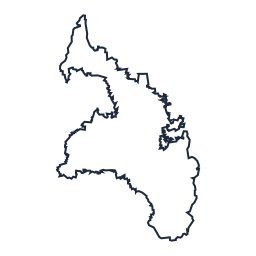 Panchagarh, Rangpur, Bangladesh
{"feature_id": "16705992B66536058617583", "entity_name": "Panchagarh", "entity_type": "district", "adm_level": 2, "iso_a3": "BGD", "parent_name": "Bangladesh", "parent_adm1": "Rangpur", "projection": "natural_earth1", "projection_center": [88.58, 26.32], "detail": "fine", "context": "isolated", "style": "outline", "palette": "slate", "viewbox_px": 256, "rotation_deg": 0, "n_neighbors": 0, "source": "geoboundaries", "source_scale": "gbopen_adm2", "svg_char_len": 5808}
<svg xmlns="http://www.w3.org/2000/svg" viewBox="0 0 256 256"><path d="M180.3,237.6L181.9,236.7L183.2,234.0L184.6,233.7L186.2,234.9L187.5,234.0L187.1,229.9L188.1,230.7L188.5,227.7L193.4,220.5L192.4,218.8L192.3,216.7L187.1,212.5L189.9,211.4L192.1,204.9L194.4,202.5L196.6,198.2L196.5,196.0L194.8,195.3L194.8,190.6L195.5,189.9L195.0,186.4L193.4,183.3L194.2,179.2L192.5,178.1L194.5,177.7L197.8,175.1L199.0,168.9L197.1,169.4L196.8,168.7L198.6,166.9L198.9,165.3L197.3,161.0L194.3,157.9L191.9,156.9L188.6,158.2L187.2,149.1L188.8,146.4L189.7,139.9L187.2,136.0L187.5,133.7L186.7,131.4L183.8,131.2L182.0,136.8L183.4,137.5L183.3,138.6L178.7,137.1L179.0,138.4L178.3,139.1L177.8,138.7L178.1,137.8L175.8,137.7L176.9,140.2L176.4,141.4L168.6,142.6L167.6,146.3L166.9,147.2L165.7,146.8L165.8,148.5L163.7,149.9L163.3,147.9L159.8,148.6L160.5,146.9L161.5,147.1L161.6,145.8L161.5,145.2L160.0,145.0L160.8,142.1L159.6,140.7L159.8,139.1L160.8,139.0L160.3,136.2L162.1,135.7L165.6,138.7L166.0,139.6L164.4,139.8L165.8,141.7L166.2,140.6L168.5,141.4L172.7,139.2L170.7,137.9L169.8,138.0L170.7,138.2L170.0,139.0L167.5,138.6L168.3,138.3L167.9,136.8L165.3,137.0L164.6,135.8L165.3,134.7L163.9,134.7L163.4,133.7L163.5,132.4L164.8,132.2L164.7,130.7L163.3,130.0L162.5,131.1L162.4,128.0L166.8,126.9L167.2,124.8L168.6,124.9L168.9,126.0L166.8,126.8L167.6,127.5L167.1,128.6L167.8,130.2L168.8,130.1L169.0,130.9L174.3,128.8L175.5,129.6L175.6,130.8L179.2,128.6L179.0,126.7L183.7,127.2L184.4,123.7L179.9,125.0L180.6,123.0L183.0,121.4L182.5,119.4L183.1,119.6L183.5,118.3L180.7,117.5L181.1,116.1L179.8,115.9L179.7,117.1L180.6,118.0L178.7,118.0L177.6,120.4L173.7,119.5L172.9,122.8L171.2,123.5L170.7,122.9L170.3,121.3L171.0,120.2L169.4,120.4L168.1,118.4L169.0,118.0L169.4,114.8L168.0,115.0L167.3,113.7L168.7,113.0L166.6,112.4L165.5,108.4L165.9,106.9L164.3,107.2L164.2,106.4L164.8,105.7L170.5,104.4L170.5,103.5L169.5,102.9L166.1,104.0L166.2,102.3L165.6,102.4L166.4,100.8L163.3,101.7L163.3,100.9L161.0,100.1L163.0,99.7L162.6,98.9L163.6,98.6L166.1,99.0L165.9,97.1L164.9,96.6L165.6,96.3L165.1,96.2L165.6,94.8L164.0,94.4L164.4,96.5L163.8,95.1L163.3,96.5L160.2,96.7L160.2,95.9L158.8,95.8L158.1,93.5L155.1,93.7L153.3,92.6L155.3,91.5L154.9,88.7L151.5,88.7L150.5,87.8L149.2,88.0L149.1,86.9L147.1,86.8L147.0,85.6L148.5,84.6L146.9,73.8L138.3,73.9L138.8,74.5L137.8,81.8L137.2,80.9L135.4,81.3L135.0,79.3L128.1,78.8L127.5,78.2L129.0,78.1L127.9,76.3L128.9,75.1L127.5,75.4L128.2,73.3L126.4,73.5L127.2,72.5L125.9,72.2L127.1,68.9L118.1,70.1L118.5,69.0L117.5,68.9L118.6,68.4L117.1,68.2L117.6,66.4L115.8,63.0L117.1,61.2L116.6,59.6L114.4,59.6L111.9,57.5L107.2,59.7L106.9,52.5L105.1,52.3L105.4,48.7L102.5,47.5L99.1,47.7L98.8,46.5L98.0,46.5L97.9,49.0L96.9,49.4L97.3,50.2L94.8,50.7L93.4,49.3L93.3,47.6L91.6,47.6L89.8,45.4L86.8,37.9L87.2,33.7L85.5,23.2L85.9,19.8L84.8,19.5L85.0,15.6L83.2,15.4L80.0,18.2L79.4,20.4L76.8,23.2L77.6,24.8L80.0,25.3L80.0,26.2L74.4,28.2L73.3,29.6L72.7,35.0L71.6,36.3L71.8,41.7L67.8,48.1L68.4,52.6L66.1,55.1L66.5,57.7L65.2,60.7L61.4,63.6L60.2,65.9L60.0,69.0L60.9,70.0L60.7,71.1L62.8,71.2L62.7,74.5L64.7,74.8L65.1,77.8L66.5,80.9L66.2,82.1L67.0,82.4L67.6,80.5L69.0,79.5L68.3,79.0L68.7,76.2L70.4,73.9L69.1,72.7L68.7,68.9L71.9,67.7L72.9,67.6L73.2,69.2L76.4,69.6L76.8,71.0L81.9,68.5L82.0,70.4L83.0,70.8L83.5,72.4L85.0,74.5L86.0,74.4L86.3,75.7L87.2,75.6L87.3,73.2L88.9,73.1L89.5,74.1L90.5,73.4L90.6,74.9L91.5,75.6L97.8,75.4L105.9,77.7L104.0,80.5L106.2,81.2L106.3,83.0L107.5,83.5L107.6,84.8L109.1,86.0L109.0,87.4L107.3,87.8L107.2,88.7L109.7,90.2L108.5,91.3L108.5,92.6L111.1,93.0L109.0,95.9L110.4,96.5L111.2,98.2L112.9,96.7L113.1,99.0L111.7,99.7L114.2,103.8L116.0,102.9L114.1,107.5L115.4,109.9L117.5,108.2L116.9,111.1L114.8,111.9L115.2,112.8L117.2,113.1L115.5,114.9L115.8,116.6L113.0,116.3L113.2,117.1L111.9,117.8L111.4,117.4L112.6,112.8L112.0,112.4L111.4,113.6L109.3,114.0L106.8,113.6L107.8,116.8L106.8,117.7L105.4,117.4L103.5,115.9L103.5,114.5L99.3,114.6L97.5,112.1L98.3,110.2L97.6,109.6L97.6,107.7L97.2,109.4L94.3,111.9L93.2,116.2L92.1,117.2L92.6,117.4L91.4,120.3L92.0,120.4L91.1,122.4L84.6,121.8L81.8,124.5L81.6,125.1L82.8,125.3L82.5,126.7L85.1,126.5L84.9,129.8L79.9,129.1L77.5,130.6L77.1,129.8L75.5,131.0L75.5,132.1L74.3,131.8L74.1,133.1L72.4,133.1L73.0,133.6L72.4,134.2L72.0,133.1L71.0,135.4L69.7,135.2L69.7,137.3L65.4,141.9L66.1,143.9L65.2,144.5L65.0,146.6L66.1,146.9L65.4,147.7L66.0,148.2L65.0,153.0L66.7,153.9L65.5,154.0L66.0,154.8L68.3,155.7L68.1,156.8L66.8,157.4L67.2,159.5L65.9,160.2L66.5,161.5L65.3,161.8L65.9,163.3L59.9,165.0L59.9,166.5L57.5,167.4L58.3,168.9L57.0,169.6L57.4,170.6L59.1,171.9L59.5,173.6L60.7,174.2L59.5,176.3L62.7,175.7L63.6,174.8L67.5,178.1L69.3,177.6L71.5,178.7L73.2,176.7L75.7,177.5L76.7,174.2L76.0,173.8L76.1,170.7L80.7,171.3L81.8,173.0L82.9,172.9L85.0,171.9L83.6,171.3L83.4,169.7L85.5,169.7L86.7,170.8L89.9,170.6L90.8,171.6L90.4,172.7L92.1,171.5L94.9,172.6L95.9,171.7L97.3,171.9L98.1,172.2L97.5,173.4L98.3,173.6L100.1,173.3L100.4,171.7L102.3,172.0L100.9,170.6L103.5,169.8L105.2,170.4L111.4,170.1L110.9,170.6L112.8,171.3L114.1,170.6L114.2,171.6L115.2,170.8L116.4,173.4L115.9,174.7L116.8,178.2L119.4,177.3L120.5,178.8L121.5,178.3L121.2,176.9L124.6,175.0L124.6,176.7L123.5,177.8L124.8,179.1L127.0,178.4L127.8,180.8L129.2,180.0L129.3,181.2L128.1,181.6L128.0,183.5L129.9,184.0L130.2,186.6L130.8,186.0L131.9,189.2L133.5,188.5L134.6,189.7L135.7,189.0L135.9,192.2L136.4,191.5L139.1,191.2L142.3,192.6L146.6,196.0L146.4,197.6L148.1,199.5L148.3,201.1L151.5,204.2L150.3,205.5L152.3,206.1L152.5,209.9L153.6,209.9L153.9,213.2L153.5,214.1L153.1,213.5L152.8,214.3L151.0,214.5L151.3,216.2L150.2,216.8L151.4,217.7L150.1,218.5L150.4,220.1L148.9,220.8L148.0,222.8L149.0,225.2L153.8,227.5L159.4,237.2L161.4,238.3L169.8,237.3L170.0,240.1L171.6,240.6L175.8,240.0L175.8,238.8L177.6,237.1L180.3,237.6Z" fill="none" stroke="#1e293b" stroke-width="2"/></svg>